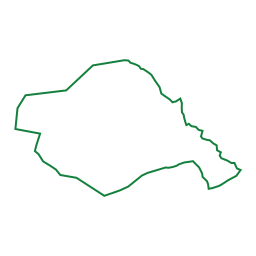 outline of São João do Sabugi, Rio Grande do Norte, Brazil
{"feature_id": "56859067B32644205381825", "entity_name": "São João do Sabugi", "entity_type": "district", "adm_level": 2, "iso_a3": "BRA", "parent_name": "Brazil", "parent_adm1": "Rio Grande do Norte", "projection": "robinson", "projection_center": [-37.136, -6.688], "detail": "fine", "context": "isolated", "style": "outline", "palette": "green", "viewbox_px": 256, "rotation_deg": 0, "n_neighbors": 0, "source": "geoboundaries", "source_scale": "gbopen_adm2", "svg_char_len": 1134}
<svg xmlns="http://www.w3.org/2000/svg" viewBox="0 0 256 256"><path d="M92.9,65.4L66.2,90.4L25.5,95.3L17.5,108.2L15.4,129.0L28.1,131.4L40.1,133.6L36.4,145.1L34.9,151.1L38.5,154.1L43.1,161.4L49.7,165.4L55.9,169.5L60.3,175.0L76.5,177.8L104.3,195.8L119.9,190.4L128.2,186.6L142.0,175.5L147.6,172.9L165.6,167.5L168.4,167.8L172.7,167.0L176.5,165.8L179.0,164.3L184.1,162.5L193.0,161.2L195.5,163.8L199.1,167.4L202.1,173.4L202.6,176.9L207.0,181.2L208.1,184.3L208.7,188.8L212.3,188.1L218.8,186.0L221.6,184.5L228.7,179.9L236.3,175.9L240.6,170.0L237.0,168.5L235.6,165.6L234.5,163.0L231.4,163.0L227.6,160.7L221.4,158.2L219.7,155.7L220.8,152.3L217.1,150.3L216.6,145.3L213.4,143.5L209.8,140.3L206.7,139.8L202.5,138.5L201.0,136.5L202.5,130.8L198.7,129.9L195.8,126.9L191.5,126.2L188.8,123.8L186.4,125.1L185.4,122.2L184.3,118.3L183.6,114.7L182.0,112.4L181.7,107.6L181.9,103.3L180.3,98.6L176.0,101.4L172.5,102.3L169.9,99.5L167.4,97.8L163.8,95.4L161.3,93.5L159.6,87.2L154.7,80.2L151.4,74.8L148.7,72.7L143.5,69.2L140.9,68.8L139.1,66.2L136.7,64.9L134.1,63.9L130.4,62.7L128.5,60.6L124.5,60.2L92.9,65.4Z" fill="none" stroke="#15803d" stroke-width="2"/></svg>